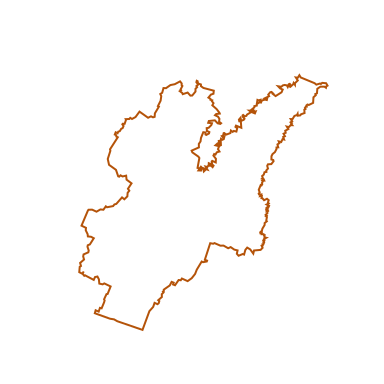 Kota Bekasi, Jawa Barat, Indonesia (orthographic projection), rotated 199°
{"feature_id": "22746128B54763839112631", "entity_name": "Kota Bekasi", "entity_type": "district", "adm_level": 2, "iso_a3": "IDN", "parent_name": "Indonesia", "parent_adm1": "Jawa Barat", "projection": "orthographic", "projection_center": [106.96, -6.285], "detail": "fine", "context": "isolated", "style": "outline", "palette": "amber", "viewbox_px": 384, "rotation_deg": 199, "n_neighbors": 0, "source": "geoboundaries", "source_scale": "gbopen_adm2", "svg_char_len": 6112}
<svg xmlns="http://www.w3.org/2000/svg" viewBox="0 0 384 384"><g transform="rotate(199 192 192)"><path d="M193.9,45.5L193.5,65.5L191.3,70.7L191.3,75.0L188.1,74.7L187.3,76.0L187.4,78.2L188.7,78.7L186.3,82.9L187.3,85.5L186.2,87.8L187.0,88.4L186.4,89.1L186.9,90.5L182.6,96.4L182.0,100.4L179.8,100.3L179.8,98.4L177.7,98.3L176.0,104.4L173.9,104.9L173.4,106.9L167.1,106.3L164.2,110.4L162.4,115.5L162.2,120.1L160.2,129.4L158.8,129.2L155.4,131.1L155.4,132.0L157.8,132.1L158.1,149.5L155.1,150.0L154.1,151.0L147.7,150.5L144.7,151.6L139.5,150.6L137.5,152.5L133.3,151.3L129.9,151.6L129.5,148.2L127.2,146.9L123.8,149.9L122.4,149.8L122.7,154.7L121.7,157.4L118.3,156.7L114.0,153.7L114.3,156.9L108.3,159.6L107.1,162.2L108.5,163.7L107.9,163.9L108.3,165.4L107.5,165.5L107.4,167.7L108.0,167.7L107.8,169.6L108.8,169.4L108.6,171.0L106.9,172.9L108.7,172.7L109.3,174.8L109.9,174.5L110.6,175.4L112.4,174.8L112.7,176.1L113.9,175.3L114.4,176.1L113.3,178.1L113.5,180.3L112.6,184.4L113.2,186.3L111.7,188.7L112.5,189.2L113.0,192.7L114.3,193.2L113.7,194.0L114.9,194.5L113.8,196.6L114.4,197.7L113.5,199.6L115.1,198.3L115.1,199.5L116.7,198.8L114.9,200.3L115.6,201.5L116.1,200.3L116.5,201.0L115.8,202.3L114.8,202.3L114.6,204.0L117.4,204.5L115.7,206.2L116.8,206.8L116.8,209.2L118.9,210.0L121.2,207.7L123.4,209.0L124.3,208.8L124.7,211.1L126.2,210.3L125.9,212.2L127.7,211.5L128.4,212.1L127.9,213.7L129.6,215.8L129.3,221.0L128.4,220.9L128.1,222.2L128.8,223.4L128.5,225.0L129.3,225.6L127.4,226.3L128.4,227.5L130.0,227.6L129.6,228.3L130.9,229.9L129.8,231.8L129.9,234.3L128.2,235.2L128.8,236.5L127.8,238.9L129.4,241.2L129.2,242.9L126.1,244.2L124.9,247.7L125.6,248.7L127.5,248.6L128.5,251.7L128.2,254.1L126.6,256.7L126.1,260.1L126.6,261.6L125.0,262.3L126.7,264.8L125.3,266.6L126.5,268.1L123.9,268.3L123.6,271.4L122.0,271.6L123.7,273.7L122.3,275.0L124.4,276.9L122.7,278.5L123.8,280.3L121.4,282.9L123.6,284.7L121.6,284.9L120.5,287.3L119.0,287.8L120.4,288.7L120.0,289.6L121.4,290.1L120.3,291.5L122.4,293.1L120.7,293.7L119.9,297.3L117.8,299.0L117.6,300.3L116.8,298.6L114.6,299.7L114.2,301.0L111.3,303.3L112.6,306.4L111.7,307.5L112.6,308.3L112.2,309.6L111.3,310.1L112.0,311.1L111.3,312.3L109.9,312.3L106.5,315.7L108.0,321.1L106.5,323.8L107.3,324.7L106.0,326.0L107.1,330.4L104.9,333.4L101.0,334.7L99.3,334.2L99.5,335.5L98.5,336.7L100.6,338.5L104.4,337.6L105.3,336.1L106.2,336.3L109.4,334.0L111.5,334.8L126.5,335.7L128.5,337.4L129.2,334.5L131.1,334.1L128.3,331.9L130.1,328.4L129.6,326.9L131.4,328.2L131.4,326.8L133.3,323.4L134.2,323.5L134.2,325.8L134.8,326.1L135.6,325.4L135.7,322.5L137.0,323.7L139.2,323.4L140.8,322.4L141.8,320.6L145.0,320.0L142.3,318.6L139.6,318.4L139.8,315.4L144.2,309.9L147.6,311.1L147.3,311.5L149.4,312.5L150.5,311.8L151.6,308.9L150.3,307.7L153.8,304.2L152.5,304.1L151.4,305.3L151.2,303.3L153.1,303.1L155.7,301.3L155.9,299.0L157.4,298.9L157.5,301.3L158.8,300.3L160.1,300.4L159.6,297.6L158.2,297.7L159.4,296.3L158.9,294.8L161.0,293.5L160.6,292.3L162.3,289.6L160.9,289.7L159.2,288.1L158.0,288.9L158.1,286.8L162.2,287.0L161.1,288.6L164.3,287.6L162.9,287.1L162.6,286.2L165.2,283.1L165.4,281.7L166.7,280.7L168.7,281.5L169.1,280.9L168.7,279.8L166.2,278.3L166.6,277.1L168.6,275.3L170.3,277.9L171.2,275.7L170.3,274.2L168.8,274.6L166.3,268.8L172.0,269.1L172.1,267.7L170.0,267.0L169.7,263.6L172.4,263.3L173.1,262.1L175.2,262.8L174.9,260.2L178.2,257.5L179.0,257.8L180.4,257.1L180.7,258.2L181.2,258.0L181.0,255.4L182.0,254.6L180.6,253.7L179.4,255.0L179.2,252.3L180.4,251.2L181.9,251.7L181.6,249.9L183.3,249.0L182.0,246.5L180.9,248.2L179.9,245.7L180.6,245.0L183.7,246.2L185.0,243.8L181.2,244.1L181.4,241.0L179.2,239.2L181.5,237.6L182.0,235.0L183.4,235.1L183.6,233.4L180.2,231.2L179.2,227.7L183.0,228.0L183.3,227.3L182.0,224.7L180.2,223.9L180.6,222.2L182.5,223.1L184.1,222.5L183.8,224.6L185.5,224.7L185.0,223.0L185.6,220.7L187.4,220.5L184.7,218.2L187.9,218.2L186.7,216.9L187.5,215.3L188.7,217.3L191.8,218.8L192.2,217.6L190.6,216.6L191.2,215.3L189.6,215.5L192.9,214.5L192.4,216.7L194.6,216.6L196.1,226.5L197.4,227.5L204.6,229.6L205.8,231.0L200.0,236.4L201.2,239.7L200.4,242.6L201.1,246.0L200.8,252.2L198.6,252.7L198.0,250.8L197.1,250.6L195.0,252.9L195.1,254.3L197.8,254.6L198.9,257.2L197.2,258.1L195.5,261.6L195.5,263.5L199.2,262.7L199.2,264.6L193.7,267.2L190.1,265.3L187.4,265.6L186.9,266.5L189.3,267.3L189.9,270.1L191.9,271.7L195.2,272.1L194.5,273.6L191.3,275.2L191.8,275.8L195.7,278.4L201.0,280.6L200.6,283.0L202.7,284.3L202.7,285.3L204.6,285.2L204.9,286.1L207.2,286.6L205.8,290.3L203.7,291.9L204.4,294.9L215.1,294.1L218.0,295.0L218.6,296.6L221.6,296.6L222.8,298.6L223.7,298.7L223.6,297.2L221.1,295.6L222.3,293.6L221.3,292.8L222.3,290.7L221.4,288.1L223.2,283.3L224.9,282.6L228.5,284.6L232.6,281.5L233.5,282.5L236.4,283.4L235.5,284.7L236.2,285.1L235.6,289.1L236.5,289.5L237.1,291.3L239.3,292.7L243.4,288.3L247.2,286.1L250.4,281.7L252.8,281.0L252.5,276.1L253.9,274.3L252.3,272.7L251.4,268.1L252.2,262.1L251.1,261.9L252.7,254.3L251.8,250.9L253.2,249.9L255.4,250.2L257.7,247.9L267.8,250.9L269.8,244.5L272.5,241.5L274.5,242.0L275.1,240.6L278.4,239.3L277.9,238.8L277.9,234.5L279.7,234.0L279.9,233.3L278.2,232.1L278.4,229.8L279.5,228.7L280.1,226.0L281.4,225.0L281.5,223.4L283.6,223.6L283.7,221.2L282.2,221.1L281.6,219.8L280.0,219.6L283.4,205.7L282.6,204.4L282.4,195.8L279.3,190.7L271.1,188.2L266.9,182.8L265.8,182.8L265.0,184.5L262.7,184.1L259.6,186.0L257.9,182.4L252.0,180.5L253.6,174.2L251.7,172.8L252.6,170.3L251.7,166.8L253.6,163.1L256.4,164.1L259.7,156.1L261.3,155.0L262.0,153.0L267.4,149.9L268.8,150.4L270.0,146.4L272.9,145.7L275.9,142.3L280.7,142.8L284.1,141.5L284.4,140.4L285.5,124.2L280.6,123.6L280.0,121.2L277.0,118.2L276.0,116.1L272.9,116.8L269.8,116.3L271.5,109.2L273.2,107.7L273.0,106.2L270.6,103.0L270.4,101.2L274.2,97.7L273.9,95.6L272.1,93.0L274.7,88.5L272.9,85.9L273.8,84.7L272.5,79.5L269.1,79.0L268.5,81.6L268.9,79.1L266.6,77.7L266.0,78.4L256.3,76.9L256.0,80.0L253.9,81.3L251.6,79.1L249.8,75.2L246.4,75.6L245.2,77.0L238.2,76.2L238.6,68.1L239.6,67.6L240.2,61.9L239.3,61.0L239.2,59.1L239.6,52.6L241.3,52.5L241.3,48.5L244.6,48.8L244.4,45.7L228.3,45.5L224.2,46.2L220.6,45.5L193.9,45.5Z" fill="none" stroke="#b45309" stroke-width="2"/></g></svg>